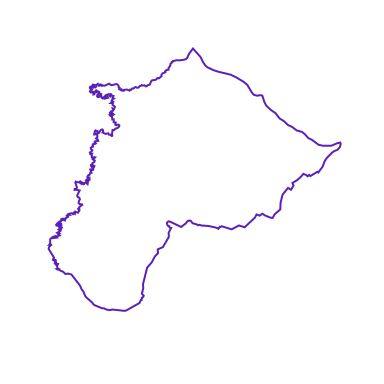 the district of Ban Thaen, Chaiyaphum, Thailand, rotated 287°
{"feature_id": "78962969B48831916769837", "entity_name": "Ban Thaen", "entity_type": "district", "adm_level": 2, "iso_a3": "THA", "parent_name": "Thailand", "parent_adm1": "Chaiyaphum", "projection": "albers", "projection_center": [102.355, 16.36], "detail": "fine", "context": "isolated", "style": "outline", "palette": "violet", "viewbox_px": 384, "rotation_deg": 287, "n_neighbors": 0, "source": "geoboundaries", "source_scale": "gbopen_adm2", "svg_char_len": 5796}
<svg xmlns="http://www.w3.org/2000/svg" viewBox="0 0 384 384"><g transform="rotate(287 192 192)"><path d="M329.5,151.0L323.4,148.8L318.5,148.1L317.1,147.1L315.9,145.2L314.2,141.5L313.6,139.0L311.6,135.4L310.9,135.5L310.4,134.6L309.3,134.7L308.1,133.9L306.4,134.3L303.7,133.3L302.1,133.8L301.1,131.9L299.7,131.0L299.1,131.6L298.3,131.1L296.8,129.1L295.0,128.5L293.8,129.0L291.0,127.1L291.2,126.6L290.8,125.5L289.3,125.0L288.3,123.8L287.2,121.2L285.9,120.5L282.4,120.3L281.2,118.4L279.9,117.8L279.5,117.0L280.2,115.3L279.3,113.8L279.6,112.6L278.8,112.3L278.1,111.1L276.3,110.4L275.6,108.8L275.9,107.4L275.1,106.4L274.0,106.0L273.5,104.5L271.8,103.8L271.8,102.8L270.7,102.6L270.9,99.4L269.4,96.7L268.1,97.4L269.2,96.2L268.5,94.9L269.5,94.4L268.8,93.6L269.0,92.3L270.4,92.4L270.6,91.3L272.2,90.7L273.1,89.1L273.1,88.0L270.8,84.2L270.7,82.6L271.4,81.2L268.0,77.3L267.8,75.2L267.1,74.7L267.3,74.0L268.1,73.9L268.0,72.8L267.0,72.9L266.4,72.0L267.9,70.3L265.9,68.9L265.1,69.7L263.9,69.1L264.4,68.1L265.9,67.8L265.7,65.8L264.5,65.5L264.0,65.9L264.1,66.9L262.9,67.2L262.6,66.1L263.0,64.0L262.4,63.7L261.6,63.9L260.9,64.8L260.6,66.2L259.0,65.1L258.1,65.1L257.6,66.4L258.9,67.6L259.0,68.3L256.4,69.1L256.8,70.0L260.5,70.2L261.3,70.7L261.1,71.3L259.7,71.8L260.7,73.1L260.6,74.0L258.6,73.9L257.0,73.0L255.6,73.4L255.2,74.2L255.4,75.0L256.4,75.5L258.3,74.9L259.1,75.7L259.1,76.6L257.6,76.6L257.1,77.6L256.0,77.6L255.4,79.2L258.4,80.8L255.8,81.3L257.7,84.2L258.6,83.2L258.9,81.5L261.1,83.4L261.2,84.1L260.0,85.0L259.5,86.1L260.1,86.4L261.4,85.4L261.9,85.6L261.8,86.3L260.6,87.3L260.8,88.8L259.0,88.6L258.6,90.0L257.4,88.7L255.6,88.5L255.4,89.9L253.4,88.4L253.9,90.4L252.1,90.5L251.0,93.4L248.3,93.1L248.6,91.7L247.1,92.6L246.3,92.5L245.3,90.9L244.4,90.6L244.5,92.0L243.3,94.6L242.7,94.1L242.5,91.6L242.8,90.7L241.7,90.5L240.9,91.8L241.0,93.3L238.0,94.6L238.6,95.9L235.8,96.7L236.2,98.7L233.9,99.0L233.7,100.0L234.3,100.4L234.9,102.2L234.4,103.1L232.9,103.0L231.3,102.0L230.2,100.2L228.4,99.4L228.1,97.9L224.3,98.5L222.5,99.3L222.1,99.0L222.9,97.1L222.5,95.9L223.7,94.7L222.3,92.4L222.7,89.1L223.8,89.4L225.3,88.6L225.6,87.8L224.5,86.5L221.5,85.9L220.7,85.2L220.7,84.4L222.6,83.8L222.1,82.7L222.7,81.9L221.8,81.3L218.4,81.6L218.5,82.2L219.4,83.0L218.9,84.6L217.2,85.4L215.1,84.6L214.8,86.3L213.5,87.4L211.9,84.2L210.9,84.4L210.3,85.8L209.5,85.0L208.8,83.3L208.0,83.2L206.5,84.2L205.9,82.9L204.5,82.3L203.5,82.9L202.8,84.5L201.3,84.1L199.9,82.8L198.5,83.7L199.2,85.2L198.0,85.0L197.2,85.9L195.8,86.0L195.4,86.8L196.8,88.4L196.8,89.2L194.2,87.7L193.7,89.8L191.9,89.8L190.9,88.5L189.8,88.5L188.2,87.4L187.7,87.7L188.5,89.7L188.3,91.1L187.1,90.9L187.2,89.6L186.6,88.9L185.1,90.9L184.3,91.0L183.7,90.2L184.1,88.8L183.8,88.1L181.0,90.2L180.6,89.1L178.4,89.0L177.9,88.0L175.9,87.5L175.0,88.1L175.8,89.7L173.8,90.5L172.7,89.7L173.6,88.0L172.0,87.1L171.2,88.1L171.4,89.5L169.0,89.8L170.0,87.7L169.2,86.3L167.9,86.4L167.6,86.0L167.9,84.9L168.9,84.3L169.5,82.0L169.1,81.7L167.9,82.5L168.3,81.3L167.8,79.6L167.9,77.8L166.8,77.7L162.8,80.6L161.4,80.5L160.6,78.9L159.7,79.1L160.3,80.4L160.6,84.1L155.1,83.2L153.9,84.0L153.7,85.8L152.3,86.9L150.0,86.5L148.1,86.9L147.6,88.4L148.0,90.6L147.6,90.8L145.6,89.2L142.6,88.0L142.1,88.5L142.8,89.2L141.5,89.8L138.8,89.0L139.1,86.1L137.0,86.4L137.6,85.1L136.1,84.8L136.6,83.3L134.9,80.1L134.3,80.0L134.1,81.1L133.4,79.4L132.8,79.2L132.8,80.5L131.9,80.8L130.1,78.9L127.6,78.8L127.8,77.5L129.1,77.7L128.5,75.9L127.3,76.2L127.5,75.0L125.7,75.3L123.9,74.1L123.9,74.8L123.2,75.0L123.3,76.3L122.0,76.8L121.1,74.2L122.3,73.8L121.7,72.8L123.3,72.8L122.3,72.2L120.8,71.7L120.3,72.3L120.7,73.8L120.0,74.5L120.0,75.3L118.9,75.8L119.9,76.6L119.9,77.9L118.3,77.6L118.1,76.1L117.1,75.4L116.4,77.6L115.2,76.6L114.0,76.7L114.4,75.7L113.5,74.9L113.0,76.4L113.2,77.3L112.3,76.8L111.8,78.1L110.3,75.8L109.1,76.5L108.5,75.2L110.0,74.8L110.0,74.2L109.0,74.4L108.7,73.6L107.7,73.5L107.4,72.8L108.5,72.7L108.7,72.3L106.1,70.5L105.0,70.2L101.4,71.5L100.2,71.0L100.6,71.7L100.1,72.9L97.7,71.4L95.7,71.5L88.9,79.2L87.8,79.2L87.1,78.7L86.2,79.2L86.1,79.9L87.1,80.1L87.1,81.4L86.7,81.8L85.7,81.4L84.5,81.6L84.9,82.7L83.8,83.3L84.0,84.9L82.8,84.7L82.7,83.2L81.8,84.6L79.8,85.6L79.6,86.5L78.8,85.2L78.5,86.5L78.9,87.8L78.2,89.3L78.1,92.0L76.6,94.9L77.8,97.6L77.8,100.9L69.8,112.2L66.7,114.9L65.0,117.3L61.1,120.5L60.3,121.8L57.2,128.7L55.4,131.2L54.5,139.7L55.0,141.8L54.6,144.7L54.9,147.7L56.3,150.1L58.6,162.2L59.4,163.7L70.5,174.2L73.8,174.7L74.0,175.4L76.3,175.0L76.7,175.7L78.6,176.2L80.1,173.8L85.8,173.5L89.5,172.1L106.6,171.2L112.7,174.0L119.7,175.4L123.5,177.4L127.1,176.0L130.8,180.3L142.2,183.0L146.2,181.6L151.4,182.5L151.2,181.9L152.0,180.4L152.5,180.3L152.3,179.9L153.0,178.3L155.1,177.0L156.5,177.6L157.2,178.4L157.1,180.5L155.4,191.8L160.1,195.2L163.1,196.4L164.1,198.4L163.9,199.5L162.3,201.7L162.4,206.5L161.9,207.4L162.8,208.7L162.7,210.7L164.3,217.6L165.0,225.9L164.5,228.0L166.9,228.7L166.9,229.5L167.9,230.3L167.9,240.8L173.7,246.7L173.7,252.7L186.0,259.7L189.4,260.3L189.1,263.5L191.8,265.6L190.9,268.7L190.4,274.6L190.7,276.7L194.7,277.5L201.1,281.5L208.0,279.8L215.9,279.4L224.0,282.6L223.1,286.0L227.9,287.2L230.0,285.4L234.1,289.1L238.4,291.7L241.9,293.2L241.6,296.3L240.8,297.9L242.6,299.0L241.8,300.5L247.9,305.9L247.5,307.0L254.4,309.5L260.7,309.9L264.5,311.2L270.3,314.3L272.6,315.9L274.9,318.8L278.1,320.3L281.5,320.1L282.6,319.3L281.3,316.9L277.0,311.7L274.5,303.7L274.2,299.1L277.0,291.4L277.5,287.6L280.3,283.0L281.6,279.7L281.5,274.1L283.5,268.8L284.1,264.2L286.7,259.1L287.9,254.3L291.8,248.8L293.7,243.0L296.3,237.8L299.1,235.0L304.7,231.1L304.7,229.4L303.1,226.0L303.1,222.4L305.0,219.7L310.6,213.6L312.6,208.7L314.5,200.9L315.5,194.8L314.7,181.8L314.8,176.8L315.8,170.2L316.7,168.0L319.0,165.1L323.7,160.5L329.5,151.0Z" fill="none" stroke="#5b21b6" stroke-width="2"/></g></svg>